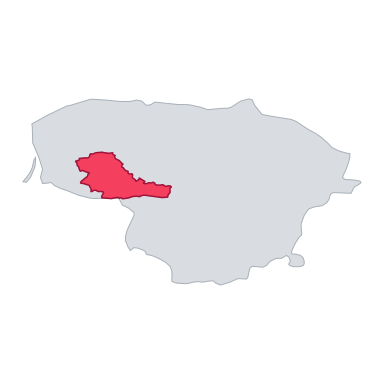 where Taurages sits in Lithuania
{"feature_id": "LTU-1073", "entity_name": "Taurages", "entity_type": "County", "adm_level": 1, "iso_a3": "LTU", "parent_name": "Lithuania", "parent_adm1": "", "projection": "natural_earth1", "projection_center": [22.565, 55.372], "detail": "fine", "context": "in_parent", "style": "filled", "palette": "rose", "viewbox_px": 384, "rotation_deg": 0, "n_neighbors": 0, "source": "natural_earth", "source_scale": "10m", "svg_char_len": 4730}
<svg xmlns="http://www.w3.org/2000/svg" viewBox="0 0 384 384"><path d="M130.4,250.6L128.0,247.0L125.4,240.5L125.7,235.3L127.2,230.1L134.2,214.9L133.8,212.4L128.7,208.2L122.4,205.1L118.9,198.5L106.2,198.1L94.2,198.5L90.4,198.2L79.0,195.4L68.0,191.0L60.7,188.5L54.5,185.6L51.2,182.5L45.9,183.3L42.3,183.4L42.4,182.8L40.4,177.5L42.6,169.3L38.8,157.3L32.7,142.8L32.3,127.4L31.9,123.9L47.3,115.3L66.8,106.0L71.2,105.1L89.0,99.7L91.4,99.2L107.4,100.2L120.0,101.5L130.7,101.4L136.5,100.0L141.8,101.1L146.1,105.3L150.5,104.8L154.8,102.1L178.6,104.6L184.0,104.5L190.0,104.9L201.2,107.4L207.7,109.7L221.8,108.3L227.8,108.2L231.0,107.3L240.6,101.1L244.8,100.0L248.7,98.9L252.2,99.8L254.6,105.2L261.9,114.4L269.8,116.0L291.5,119.5L296.0,121.4L308.3,129.5L315.7,133.5L320.4,136.7L327.6,142.9L331.8,147.5L338.8,150.9L346.9,153.2L349.9,153.6L349.8,156.9L348.5,162.5L345.9,169.8L343.2,175.4L342.6,177.6L344.8,179.4L355.5,180.2L360.0,181.2L361.0,182.7L358.6,184.6L355.2,186.3L353.8,187.8L351.1,193.3L333.3,192.6L331.0,193.7L329.9,196.2L329.1,199.2L326.8,202.7L322.1,205.7L314.7,206.8L308.7,208.9L304.3,215.2L301.1,223.8L301.3,229.9L301.8,233.3L301.4,235.2L299.1,237.3L295.5,242.9L292.5,249.1L291.4,252.5L292.0,254.0L295.5,254.1L300.4,255.3L303.1,257.8L304.1,260.7L304.2,263.8L303.3,265.5L299.3,266.7L293.1,266.7L289.5,265.3L288.7,264.1L290.4,261.1L289.1,257.4L286.5,255.4L281.3,258.4L276.2,258.4L270.2,261.2L266.4,265.6L262.6,267.2L252.3,266.3L249.8,268.3L247.8,277.3L246.6,279.0L238.1,278.6L229.8,282.2L220.5,285.1L215.8,283.1L213.2,280.8L208.1,281.2L202.6,282.2L198.8,281.7L194.7,281.9L186.6,283.7L176.5,283.1L172.2,281.6L171.7,280.2L172.0,276.7L171.9,271.3L170.3,266.5L165.4,262.2L160.3,259.3L153.8,256.2L149.0,254.9L146.4,254.5L145.8,252.7L144.9,251.2L142.6,249.9L137.8,248.1L133.8,247.7L130.4,250.6ZM26.4,182.3L23.0,181.7L29.7,173.2L32.2,167.7L34.0,159.8L35.6,157.4L35.6,160.9L34.9,166.8L30.7,177.0L26.4,182.3Z" fill="#d9dde1" stroke="#a8b0b8" stroke-width="1"/><path d="M119.2,198.2L118.8,197.9L117.4,197.3L111.4,198.6L101.8,197.8L101.8,197.7L101.8,196.1L101.9,195.7L102.6,194.6L102.8,193.9L103.3,193.3L103.5,192.9L103.4,192.1L102.4,191.7L101.9,191.7L101.4,191.7L100.9,191.6L100.4,191.5L99.9,191.4L98.7,191.6L98.1,191.5L97.5,191.3L96.4,190.5L95.8,190.3L95.3,190.2L93.8,190.4L93.4,190.6L92.3,191.3L91.6,191.6L91.1,191.6L90.9,191.2L91.2,190.0L91.3,189.6L91.1,189.2L90.3,187.7L89.6,186.1L89.2,185.6L88.7,185.2L83.2,183.5L81.4,183.3L80.7,183.0L80.6,182.4L81.2,181.4L85.5,177.8L86.4,177.2L87.2,176.6L87.6,175.9L88.1,173.9L89.0,173.5L89.0,172.9L88.8,172.7L88.4,172.5L86.6,172.1L84.3,171.3L83.1,170.6L82.5,170.4L82.0,170.5L81.0,171.1L80.4,171.1L79.8,170.6L78.6,167.0L78.4,166.5L77.5,165.8L77.2,165.2L76.8,162.8L76.7,162.4L75.8,161.9L75.7,161.2L78.7,160.2L79.1,159.9L79.4,159.5L79.6,159.1L79.4,158.4L85.9,157.8L86.6,158.0L87.4,158.0L88.0,157.8L89.4,156.8L89.7,156.5L89.8,156.2L89.7,155.7L89.7,155.3L89.9,154.7L90.2,154.3L90.4,154.0L90.6,153.9L91.1,153.8L91.8,154.0L92.6,154.0L93.3,153.9L94.3,153.3L96.3,152.7L101.0,152.3L102.4,152.2L104.1,152.8L104.8,152.9L106.2,152.8L106.9,153.0L107.6,153.3L108.2,153.3L112.6,152.8L112.6,153.5L112.7,153.8L113.0,154.4L113.6,154.9L114.8,155.3L115.1,155.6L114.9,156.0L114.7,156.4L114.6,156.8L114.7,157.3L115.2,158.1L115.6,158.7L116.4,159.2L119.0,160.4L119.7,161.0L121.8,163.3L122.4,163.6L122.8,163.9L122.9,164.2L121.7,165.6L122.0,167.3L123.4,167.8L124.7,169.7L125.4,170.3L126.5,170.9L127.7,171.1L128.0,171.3L128.2,171.8L128.0,172.4L128.1,173.2L129.3,174.0L129.6,174.0L130.3,174.0L131.3,173.8L131.7,173.7L132.1,173.9L132.5,174.5L132.6,175.0L132.6,175.7L132.3,176.8L132.4,177.3L132.7,177.8L133.2,178.4L134.3,179.0L135.4,179.9L135.6,180.3L135.6,180.8L135.9,181.1L136.2,181.2L136.8,181.0L137.1,180.7L137.4,180.5L137.6,180.3L137.9,180.2L138.2,180.0L138.4,179.8L138.5,179.6L138.7,179.4L138.9,179.3L139.2,179.2L139.3,179.0L139.2,178.7L139.2,178.2L139.3,178.1L139.6,178.1L139.9,178.3L140.6,178.9L144.6,181.2L144.8,181.5L144.7,181.8L143.9,182.4L143.6,182.9L143.7,183.3L144.3,183.6L145.8,183.6L147.5,183.4L147.8,183.2L148.2,182.9L148.5,182.8L149.0,182.7L149.6,182.8L150.4,183.0L151.4,182.9L152.0,182.7L152.4,182.6L152.8,182.3L153.2,182.3L153.7,182.5L154.7,183.1L155.0,183.6L155.3,184.5L155.6,184.8L156.7,185.0L160.3,185.1L162.6,184.7L163.3,184.9L164.2,185.5L164.5,186.0L164.9,186.3L165.4,186.3L168.7,185.8L170.2,185.9L171.3,187.0L170.3,188.0L170.0,188.6L169.9,189.3L170.0,190.6L170.1,191.4L170.1,192.1L169.9,192.7L169.2,193.5L168.2,194.8L167.6,197.1L162.3,197.6L143.9,195.1L142.2,195.5L141.1,195.8L140.4,196.3L139.5,196.7L136.4,196.1L133.5,196.4L130.6,197.1L130.0,197.5L128.2,198.0L123.4,198.7L122.6,198.7L122.3,198.6L121.2,198.0L120.8,197.6L119.2,198.2L119.2,198.2Z" fill="#f43f5e" stroke="#9f1239" stroke-width="1.5"/></svg>